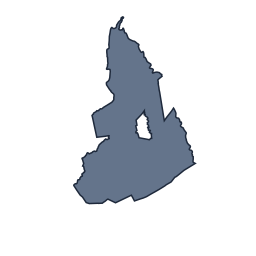 Zvishavane, Midlands, Zimbabwe (Robinson projection), rotated 218°
{"feature_id": "62879985B59782036697495", "entity_name": "Zvishavane", "entity_type": "district", "adm_level": 2, "iso_a3": "ZWE", "parent_name": "Zimbabwe", "parent_adm1": "Midlands", "projection": "robinson", "projection_center": [30.159, -20.28], "detail": "fine", "context": "isolated", "style": "filled", "palette": "slate", "viewbox_px": 256, "rotation_deg": 218, "n_neighbors": 0, "source": "geoboundaries", "source_scale": "gbopen_adm2", "svg_char_len": 5905}
<svg xmlns="http://www.w3.org/2000/svg" viewBox="0 0 256 256"><g transform="rotate(218 128 128)"><path d="M135.7,65.4L135.5,64.3L136.0,63.5L136.0,63.4L135.8,63.1L134.6,62.3L134.4,62.0L135.1,60.9L135.0,60.0L135.1,59.4L134.9,58.7L134.4,57.9L134.4,57.6L134.6,57.3L134.9,56.9L135.5,56.5L135.5,56.3L135.4,55.6L134.9,54.9L134.2,53.2L134.2,52.8L134.4,52.2L134.5,52.1L135.1,51.8L135.5,50.8L135.6,49.8L135.3,49.3L129.8,47.4L124.4,45.7L121.4,45.6L115.0,43.5L112.0,44.6L105.1,50.4L104.9,50.4L101.9,53.0L101.6,54.4L101.0,55.9L100.4,58.9L100.0,59.6L91.8,61.4L84.0,77.1L81.3,76.0L78.0,74.5L74.7,79.6L72.9,82.2L71.1,85.4L69.5,89.5L65.8,98.4L63.3,105.2L62.9,106.9L60.9,111.8L60.8,112.2L60.8,118.0L60.2,119.1L59.8,120.4L57.8,129.2L53.2,141.5L54.2,141.3L55.7,141.2L56.4,141.9L57.5,143.7L59.0,145.6L59.9,145.6L60.1,145.6L60.5,146.2L61.0,146.8L61.8,147.0L62.0,147.4L62.3,148.4L62.9,149.1L63.5,149.3L64.4,149.4L64.6,149.3L65.6,148.8L66.1,148.8L66.6,148.9L66.9,149.6L66.9,150.4L67.1,151.1L67.4,151.8L68.0,152.2L68.8,152.3L69.7,152.2L72.0,152.7L74.6,154.3L74.8,154.7L76.6,155.9L78.0,157.5L78.9,159.8L79.2,160.1L80.6,160.5L82.7,161.1L83.6,161.5L84.3,162.0L84.9,162.0L86.5,161.7L87.3,161.7L87.9,161.9L88.2,162.4L88.3,163.9L88.7,164.6L89.2,165.1L89.7,165.4L90.1,165.3L90.3,164.9L90.7,164.9L91.1,165.0L91.8,165.7L92.6,166.3L93.9,166.8L94.3,166.8L95.6,166.1L96.3,166.0L97.2,166.2L97.4,166.3L99.2,169.0L99.7,169.4L100.3,169.8L102.6,171.0L103.7,171.5L104.4,171.7L104.1,168.5L104.1,159.9L103.9,156.1L125.2,175.8L126.9,177.2L128.2,178.5L129.4,179.6L131.5,181.5L131.4,181.6L131.6,181.9L132.4,182.7L133.4,183.7L133.6,183.8L134.1,184.2L134.0,185.4L133.0,189.7L133.8,190.1L134.1,190.8L134.4,191.0L135.7,190.7L136.4,190.7L137.0,191.0L137.3,191.0L139.6,189.9L141.0,188.5L142.0,186.9L142.5,186.5L143.0,186.8L143.4,188.4L144.0,189.5L144.5,189.7L145.8,189.5L147.5,188.5L148.1,188.6L148.4,189.9L148.5,191.7L149.6,192.4L151.7,192.2L153.8,192.1L156.5,193.6L158.0,194.1L158.7,193.6L159.1,193.7L160.7,195.6L161.9,196.8L162.6,197.3L163.3,197.4L163.4,197.1L163.5,196.6L163.8,196.1L164.2,195.8L165.9,196.3L168.1,197.2L170.1,198.7L170.4,199.3L170.5,200.1L170.8,200.4L171.6,200.5L172.7,200.3L175.2,200.4L176.3,200.3L178.0,199.5L181.1,198.8L182.9,198.8L184.4,199.6L185.8,200.5L187.5,201.4L188.2,201.5L188.9,201.1L189.3,201.1L190.1,201.7L190.5,201.8L190.8,202.3L191.0,202.4L192.3,203.3L193.0,203.7L193.4,203.5L193.4,203.2L193.1,202.7L192.9,202.1L193.0,201.7L193.6,201.4L194.1,200.6L194.7,200.3L195.5,200.1L195.9,200.2L196.3,200.4L196.4,201.2L196.5,201.7L197.6,203.0L197.8,204.1L198.5,205.3L198.6,206.3L198.4,207.0L198.5,207.8L199.0,209.4L199.7,210.1L199.9,210.4L199.8,210.9L199.4,211.4L199.4,211.9L199.6,212.4L199.8,212.5L200.3,212.4L200.7,212.2L201.2,210.6L200.5,209.3L200.4,209.2L200.3,208.6L200.3,207.6L200.6,206.7L200.7,205.5L200.5,203.8L200.3,202.1L199.3,200.4L199.3,199.5L199.5,198.9L200.0,198.0L200.9,197.3L202.6,197.3L202.8,196.7L202.7,195.8L202.2,194.5L200.5,191.5L199.1,188.7L196.6,185.3L194.3,181.7L194.0,181.6L193.7,181.1L193.0,180.5L192.4,179.7L192.1,178.9L192.8,177.3L192.7,176.4L191.4,174.7L189.3,172.5L188.6,171.5L188.1,171.2L187.7,171.2L184.6,167.5L183.8,166.9L183.4,166.2L183.0,165.0L182.6,164.7L182.2,164.1L181.3,161.3L180.9,161.2L180.5,161.4L179.7,162.3L178.5,162.9L178.2,163.0L176.9,161.8L173.4,156.5L172.9,155.3L172.5,154.4L172.4,152.9L172.8,151.5L172.9,150.4L172.5,149.8L172.3,149.7L171.5,148.8L166.6,147.1L165.8,146.8L164.7,146.9L164.2,146.4L163.1,146.1L160.4,146.0L159.7,145.7L158.8,144.8L158.0,143.3L156.7,141.7L156.6,141.4L156.5,140.5L156.6,138.3L160.1,128.9L160.2,127.8L160.4,127.1L160.6,126.8L161.6,126.1L161.7,125.8L161.7,125.3L162.0,124.4L161.8,123.8L162.0,123.4L162.5,122.8L163.1,122.6L163.2,122.4L163.3,122.1L163.2,121.5L163.3,121.0L164.2,118.9L164.2,118.2L163.8,117.6L164.0,117.0L164.1,116.2L163.9,115.5L163.7,115.5L157.8,110.6L157.6,110.4L146.9,101.5L140.9,107.4L138.6,110.0L138.1,110.2L137.9,109.7L137.9,108.9L137.5,108.5L136.7,108.5L136.4,108.3L136.3,108.1L136.3,107.9L136.9,107.2L137.1,106.3L137.3,106.1L137.9,105.7L138.7,105.7L138.9,105.4L138.9,104.6L139.1,104.3L139.2,103.3L139.1,103.1L139.0,102.5L139.7,101.0L140.3,97.4L140.3,96.7L140.1,96.2L140.0,95.7L139.8,94.7L139.4,93.9L139.3,92.6L138.8,91.3L138.5,90.8L138.5,90.5L139.2,89.4L139.5,89.3L139.8,89.3L140.3,89.1L140.6,88.6L141.1,87.7L141.2,86.8L141.4,86.0L142.2,84.9L142.3,84.3L142.4,84.0L142.7,83.8L143.1,83.7L144.2,83.8L144.5,83.7L144.8,83.0L144.7,82.5L144.2,81.3L144.2,81.0L144.4,80.7L144.5,80.1L144.2,79.2L144.6,78.3L144.6,78.0L144.8,77.0L145.4,76.5L145.6,75.9L145.3,75.5L144.2,75.0L142.3,73.6L141.9,73.4L141.1,72.8L141.0,72.5L140.6,71.4L140.5,70.6L140.3,70.1L139.8,70.4L139.0,70.2L138.4,69.7L138.1,69.3L137.7,69.1L137.0,68.4L135.5,67.6L135.2,66.4L135.2,66.0L135.6,65.4L135.7,65.4ZM106.2,130.8L113.3,127.1L116.3,129.3L116.6,129.4L117.1,129.4L117.1,129.7L117.3,129.8L117.4,129.6L117.6,129.6L117.8,129.8L118.0,129.7L118.9,129.1L119.4,129.8L119.5,130.1L119.6,130.6L119.5,131.1L119.4,131.5L123.2,134.4L122.6,135.7L126.5,139.2L125.9,145.3L125.7,147.6L125.8,151.7L125.2,150.9L124.5,150.7L124.3,149.9L124.3,149.4L123.4,148.5L123.2,148.7L123.3,149.3L122.9,149.4L122.2,148.4L121.8,148.2L120.8,148.2L120.0,148.4L118.5,148.1L118.2,147.7L118.3,146.8L118.2,146.5L118.0,146.4L117.7,146.6L117.3,146.5L116.9,146.3L116.3,146.2L115.8,145.7L115.7,145.4L115.8,144.7L116.1,144.3L116.1,144.1L115.9,143.9L115.2,143.4L115.1,142.9L114.9,142.8L114.6,142.9L114.1,142.9L113.5,142.7L113.0,142.3L113.0,141.9L112.9,141.8L112.3,141.6L111.9,141.2L112.0,141.0L112.4,140.9L112.8,140.7L112.8,140.4L112.7,140.3L111.7,140.3L111.3,139.7L110.7,139.0L110.5,138.9L110.4,139.0L110.2,139.3L109.5,139.6L109.0,139.5L108.9,139.7L108.7,139.6L108.8,138.1L108.6,137.8L108.4,137.7L108.0,137.7L107.7,137.9L106.7,137.6L106.1,138.1L105.6,137.5L105.5,137.1L103.0,134.4L103.8,133.7L103.8,133.4L103.8,132.9L103.9,132.0L104.1,131.8L104.8,131.5L106.2,130.8Z" fill="#64748b" stroke="#1e293b" stroke-width="1.5"/></g></svg>